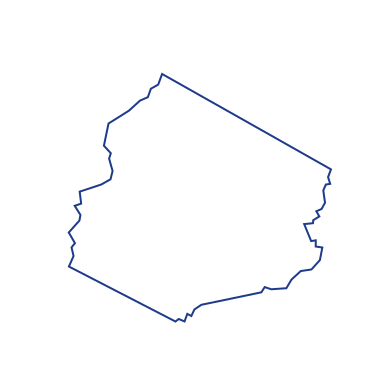 outline of Goliad, Texas, United States of America, rotated 73°
{"feature_id": "52423323B85181165620653", "entity_name": "Goliad", "entity_type": "district", "adm_level": 2, "iso_a3": "USA", "parent_name": "United States of America", "parent_adm1": "Texas", "projection": "equal_earth", "projection_center": [-97.401, 28.657], "detail": "fine", "context": "isolated", "style": "outline", "palette": "blue", "viewbox_px": 384, "rotation_deg": 73, "n_neighbors": 0, "source": "geoboundaries", "source_scale": "gbopen_adm2", "svg_char_len": 813}
<svg xmlns="http://www.w3.org/2000/svg" viewBox="0 0 384 384"><g transform="rotate(73 192 192)"><path d="M70.4,186.1L79.4,192.9L81.2,201.1L88.4,206.5L89.4,215.0L95.8,228.6L102.1,251.8L122.0,262.7L131.2,258.3L135.8,261.5L148.7,261.8L156.0,266.2L158.3,276.5L158.8,299.3L170.7,301.4L170.9,308.2L181.3,305.4L186.4,308.0L194.7,321.7L206.7,318.9L209.8,323.4L218.6,324.0L227.3,331.5L311.0,245.7L309.6,241.8L313.6,237.0L307.2,232.1L310.4,228.9L305.0,224.0L302.6,216.0L308.2,155.0L304.2,150.3L308.2,144.6L311.6,129.9L304.8,122.4L299.4,111.1L301.0,100.4L294.5,89.6L283.2,83.6L280.3,89.6L274.4,87.8L273.8,92.4L255.5,94.1L257.2,85.4L254.4,84.3L252.6,77.4L246.8,78.7L246.1,73.0L241.1,67.9L228.9,66.0L224.0,61.8L224.6,57.5L217.5,57.5L211.0,52.5L149.8,110.6L70.4,186.1Z" fill="none" stroke="#1e3a8a" stroke-width="2"/></g></svg>